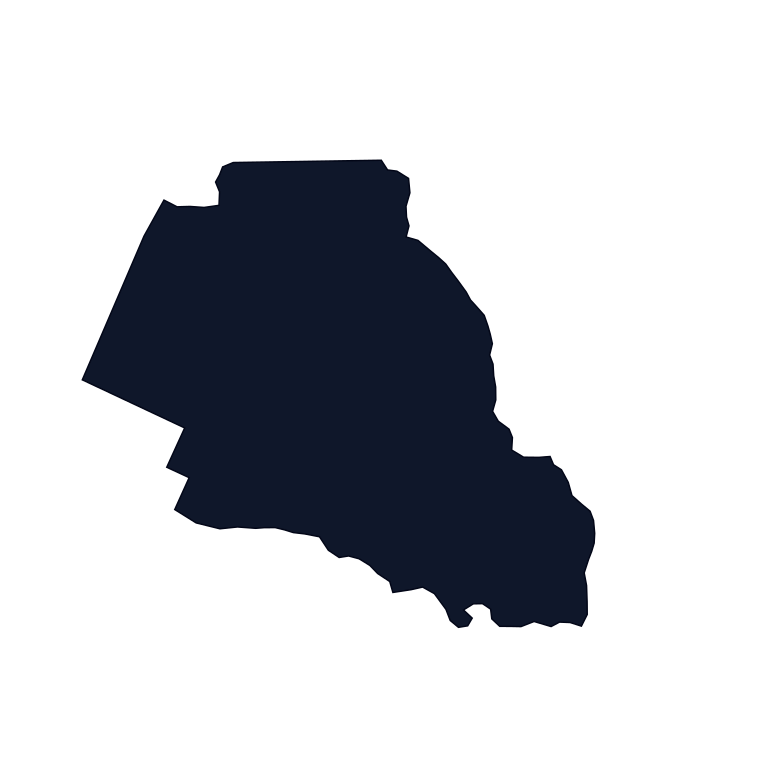 Salete, Santa Catarina, Brazil (orthographic projection), rotated 114°
{"feature_id": "56859067B33006019293673", "entity_name": "Salete", "entity_type": "district", "adm_level": 2, "iso_a3": "BRA", "parent_name": "Brazil", "parent_adm1": "Santa Catarina", "projection": "orthographic", "projection_center": [-50.006, -26.958], "detail": "fine", "context": "isolated", "style": "filled", "palette": "ink", "viewbox_px": 768, "rotation_deg": 114, "n_neighbors": 0, "source": "geoboundaries", "source_scale": "gbopen_adm2", "svg_char_len": 1455}
<svg xmlns="http://www.w3.org/2000/svg" viewBox="0 0 768 768"><g transform="rotate(114 384 384)"><path d="M243.0,611.8L251.3,619.7L259.7,619.3L268.0,620.0L275.3,612.4L287.9,607.4L295.9,620.2L300.7,633.4L306.3,645.1L305.5,659.8L346.5,663.4L457.5,661.9L502.9,661.3L505.2,548.2L548.4,548.6L548.8,523.9L583.8,524.1L587.3,499.1L583.0,475.0L574.2,459.7L568.0,442.5L563.8,434.7L559.4,424.9L557.7,415.6L556.6,406.4L553.2,395.5L549.8,380.8L558.5,367.2L560.7,354.4L555.5,346.4L553.8,335.7L555.5,323.1L559.7,312.7L562.1,298.4L570.8,291.1L560.8,275.5L553.8,266.1L555.0,252.7L564.7,235.7L573.1,227.3L576.0,217.0L570.9,209.2L562.0,208.2L558.1,219.5L548.5,213.0L544.6,204.7L546.3,195.0L554.7,190.0L558.3,179.7L554.2,170.4L549.9,160.2L539.9,150.3L537.6,132.7L530.1,126.8L526.2,117.0L524.9,105.2L511.9,104.6L500.3,109.9L485.7,117.0L475.1,124.3L460.9,125.8L452.4,126.2L443.9,127.3L434.7,130.8L423.4,137.1L416.4,144.0L413.4,154.7L409.5,166.9L398.9,175.7L390.2,187.0L388.8,196.3L382.7,202.8L388.0,212.6L394.1,226.7L392.4,240.5L380.7,244.9L374.4,251.4L371.5,264.5L364.8,273.7L353.1,275.4L341.3,280.8L331.9,287.1L321.5,292.5L314.6,299.3L303.1,301.4L295.3,307.2L288.7,312.7L280.5,320.4L275.7,330.9L272.1,339.1L266.5,346.4L259.9,357.8L254.3,368.0L249.3,376.4L246.4,385.2L243.4,396.1L239.0,411.4L240.7,423.6L229.4,425.5L222.4,431.3L212.7,436.2L198.8,438.1L186.2,445.2L184.3,458.8L187.0,467.8L180.7,477.5L243.0,611.8Z" fill="#0f172a" stroke="#020617" stroke-width="1.5"/></g></svg>